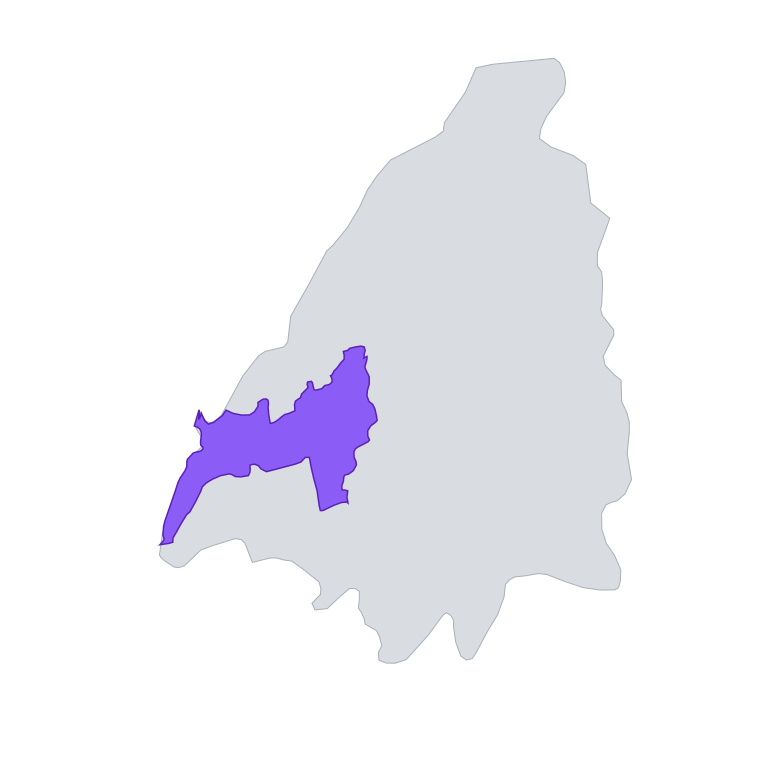 Bosnia and Herzegovina, with Herzegovina-Neretva highlighted, rotated 77°
{"feature_id": "BIH-2228", "entity_name": "Herzegovina-Neretva", "entity_type": "Canton", "adm_level": 1, "iso_a3": "BIH", "parent_name": "Bosnia and Herzegovina", "parent_adm1": "", "projection": "natural_earth1", "projection_center": [17.847, 43.217], "detail": "fine", "context": "in_parent", "style": "filled", "palette": "violet", "viewbox_px": 768, "rotation_deg": 77, "n_neighbors": 0, "source": "natural_earth", "source_scale": "10m", "svg_char_len": 4790}
<svg xmlns="http://www.w3.org/2000/svg" viewBox="0 0 768 768"><g transform="rotate(77 384 384)"><path d="M635.2,201.4L636.5,205.6L633.2,220.3L627.0,236.2L616.8,252.7L606.2,268.2L603.4,276.5L602.7,289.6L601.4,299.9L602.9,305.5L606.5,310.7L618.4,314.9L634.5,325.3L648.3,338.8L665.9,354.1L671.4,359.8L671.4,365.9L666.3,370.4L651.3,372.2L635.7,370.8L629.7,369.3L624.2,371.1L620.8,374.6L622.6,378.7L638.7,397.4L657.5,424.2L658.6,435.7L656.4,444.7L652.1,451.0L644.4,449.9L638.4,445.0L629.5,445.3L622.6,446.8L613.6,456.4L609.1,456.0L601.4,457.5L596.5,459.4L588.7,456.6L580.5,454.7L577.0,457.7L575.5,463.4L580.6,473.7L590.1,489.8L588.6,502.1L581.4,503.5L574.8,493.2L568.9,491.5L562.2,491.9L547.0,503.8L535.7,513.8L533.1,520.8L529.1,528.5L527.9,534.0L528.2,552.4L507.9,555.3L503.6,558.0L501.2,563.6L502.9,587.2L504.6,599.9L516.3,619.5L516.7,625.7L515.1,629.8L506.8,637.6L502.9,640.4L500.2,641.3L486.7,636.1L480.3,633.7L453.1,616.4L441.1,606.8L422.2,594.2L410.5,587.0L404.6,576.2L395.3,573.7L384.4,577.2L372.0,569.3L380.7,565.3L382.9,561.4L381.8,556.4L377.9,549.5L344.5,519.9L328.1,499.6L325.5,492.4L325.3,473.0L321.5,468.4L296.9,459.6L269.6,434.5L241.5,409.9L237.6,403.0L223.2,384.4L205.5,367.5L191.4,356.7L179.9,344.4L167.2,327.3L160.7,301.4L154.9,278.4L151.0,269.4L142.9,266.3L117.9,239.0L96.6,223.2L96.9,206.0L100.7,177.5L104.9,145.1L110.1,140.7L119.9,138.2L131.0,139.1L140.7,143.1L159.7,165.3L170.7,173.9L179.9,177.3L190.7,167.9L203.9,148.3L215.5,138.0L254.2,141.8L273.3,126.7L304.0,146.5L316.6,149.5L323.8,146.7L333.5,148.0L355.1,153.8L360.1,156.2L366.6,155.8L382.6,148.1L388.0,149.0L406.3,164.2L415.5,164.3L426.5,157.8L433.6,152.2L454.6,156.4L466.6,153.8L476.6,153.6L487.4,156.2L497.3,159.7L506.9,162.7L532.8,164.3L545.3,173.9L550.3,183.2L550.4,188.9L551.7,195.0L558.9,201.0L574.5,204.4L584.3,203.6L589.5,203.2L602.9,197.9L618.5,195.1L629.9,198.3L635.2,201.4Z" fill="#d9dde1" stroke="#a8b0b8" stroke-width="1"/><path d="M402.3,576.3L399.1,575.8L392.8,573.5L389.5,572.9L386.2,573.6L384.1,575.6L382.2,578.3L367.6,570.0L370.3,570.1L374.4,571.8L376.9,572.5L374.7,570.4L371.3,568.6L379.4,567.0L383.6,564.1L383.1,558.9L378.5,548.8L373.9,543.8L378.7,537.6L382.3,529.6L383.9,522.0L382.2,517.2L381.9,516.5L377.3,511.7L373.9,511.0L373.6,511.0L372.0,506.6L371.6,505.4L372.0,502.2L373.6,500.7L377.1,500.9L380.5,502.2L383.7,502.6L387.9,503.2L396.4,503.7L396.8,503.7L396.8,499.9L395.3,495.8L395.0,495.2L394.7,494.5L393.3,491.9L391.5,487.9L391.4,487.3L391.3,483.6L391.1,482.7L390.7,480.1L390.1,476.8L383.7,475.8L381.4,474.3L380.9,474.3L379.4,471.0L378.6,468.5L375.2,466.5L372.4,462.0L370.2,458.7L367.9,458.9L367.0,459.0L366.9,459.0L364.9,458.0L364.9,456.7L365.1,454.2L365.4,454.1L366.5,453.5L368.2,453.5L371.4,453.5L373.6,453.5L374.2,452.9L374.6,452.5L374.6,449.5L374.6,445.7L373.6,444.2L372.2,442.4L372.2,440.7L372.2,437.2L371.1,435.4L370.0,433.9L369.8,433.9L366.5,433.6L364.7,434.1L363.9,434.2L363.9,433.2L361.7,431.1L359.9,429.6L358.0,426.4L353.4,421.1L351.0,417.3L346.9,416.3L344.7,416.3L343.1,416.3L343.1,414.3L343.1,412.1L341.5,409.3L341.5,406.8L341.5,403.1L341.6,401.7L341.9,398.0L342.9,396.0L343.3,395.0L347.1,394.8L349.9,396.3L354.2,397.8L353.4,395.0L353.3,394.4L355.9,395.0L359.0,396.6L363.1,398.9L367.0,398.4L370.1,397.5L373.9,396.8L380.7,398.4L386.7,401.7L391.8,403.3L397.6,402.6L398.7,401.7L401.4,399.6L406.1,398.5L413.4,398.5L417.9,398.9L418.8,400.1L419.3,400.7L421.0,404.5L421.7,406.2L425.9,410.4L426.4,410.5L431.1,411.5L435.3,410.7L436.6,412.4L438.1,417.8L438.2,418.4L438.3,418.8L439.5,423.6L440.6,426.2L443.1,428.5L447.9,429.5L448.7,429.6L449.8,429.4L453.3,428.7L456.4,429.1L456.7,429.2L457.8,430.1L461.6,433.5L463.8,438.8L463.9,441.6L464.0,442.9L465.6,444.1L469.8,445.5L473.1,447.6L473.6,448.0L474.2,448.1L475.6,448.4L477.4,448.6L477.8,448.7L478.5,446.1L479.8,443.4L482.6,444.3L486.1,445.7L490.3,445.7L491.7,446.0L491.8,446.0L490.7,446.9L490.6,447.1L489.9,452.0L490.8,459.3L492.1,465.5L493.6,471.8L493.0,474.5L487.8,474.5L473.0,473.2L459.9,473.7L449.1,473.7L438.8,473.2L438.1,475.9L437.8,477.2L441.4,482.6L442.1,488.9L442.5,501.1L443.0,518.2L441.2,520.4L438.9,523.1L435.4,524.7L433.1,528.0L432.7,530.9L433.1,533.1L436.0,533.4L436.5,533.4L437.3,533.7L440.4,534.8L442.8,536.9L442.5,541.0L442.3,544.1L440.8,549.6L439.8,550.7L438.2,552.3L436.7,555.3L436.6,562.2L436.5,564.0L436.6,564.3L438.1,572.4L440.4,579.4L443.1,583.8L443.2,584.1L443.3,584.1L447.7,587.0L457.2,594.9L460.7,598.1L465.0,602.0L466.3,604.6L467.0,605.8L475.0,613.7L482.3,620.2L486.6,624.3L490.7,625.4L490.9,629.6L490.2,638.5L487.2,634.3L485.5,633.1L481.4,633.4L473.2,630.8L468.2,628.3L441.9,611.8L433.7,606.9L430.2,604.2L423.7,597.4L420.0,594.7L414.8,593.4L413.1,592.4L408.4,585.5L408.1,583.3L408.2,578.8L407.8,576.9L406.1,574.7L404.7,574.8L403.5,575.7L402.3,576.3Z" fill="#8b5cf6" stroke="#5b21b6" stroke-width="1.5"/></g></svg>